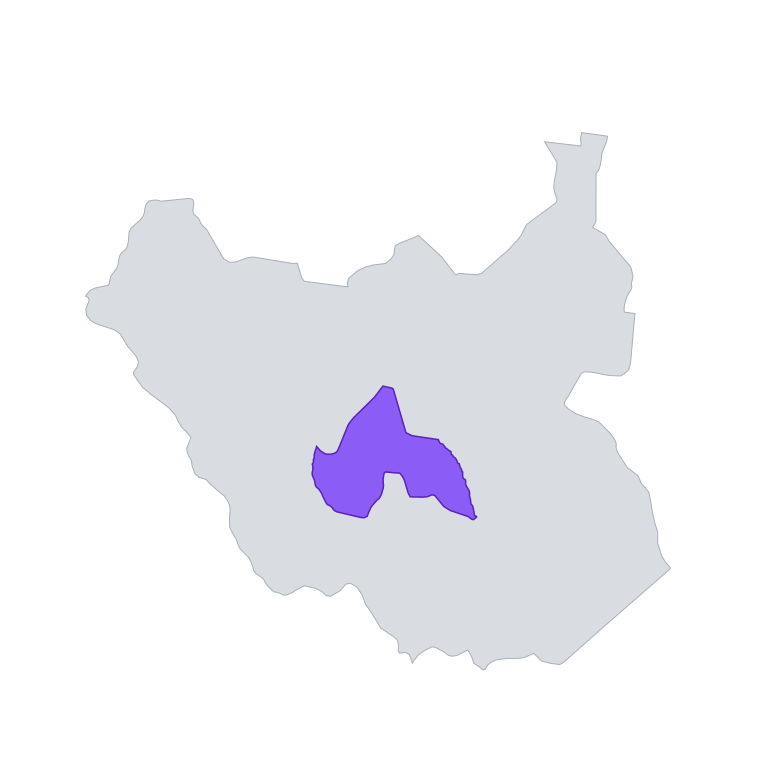 Lakes highlighted on a map of South Sudan, rotated 7°
{"feature_id": "SDS-863", "entity_name": "Lakes", "entity_type": "State", "adm_level": 1, "iso_a3": "SSD", "parent_name": "South Sudan", "parent_adm1": "", "projection": "robinson", "projection_center": [30.344, 6.76], "detail": "fine", "context": "in_parent", "style": "filled", "palette": "violet", "viewbox_px": 768, "rotation_deg": 7, "n_neighbors": 0, "source": "natural_earth", "source_scale": "10m", "svg_char_len": 5653}
<svg xmlns="http://www.w3.org/2000/svg" viewBox="0 0 768 768"><g transform="rotate(7 384 384)"><path d="M619.6,611.8L597.1,637.4L595.5,639.0L592.7,641.0L583.6,641.0L574.2,639.8L565.5,633.2L556.7,638.3L551.1,639.9L547.8,640.5L539.9,641.3L528.9,644.1L523.9,647.5L521.2,650.2L519.0,655.2L517.9,655.7L515.9,655.1L513.0,653.1L507.1,650.2L504.2,643.9L501.4,640.0L499.2,638.0L489.8,644.4L485.3,645.8L481.6,645.7L474.8,642.1L467.3,639.1L463.5,639.1L457.7,642.9L451.2,648.6L447.8,654.2L446.1,657.6L443.8,652.4L441.6,649.2L438.5,647.9L432.2,649.2L430.7,647.4L430.4,643.0L429.5,639.0L427.9,635.9L423.0,632.9L410.6,626.8L401.0,614.5L396.1,608.8L392.6,605.1L387.6,595.5L381.9,588.9L375.0,585.8L370.5,587.3L365.8,594.4L356.9,601.1L352.9,601.3L347.7,597.7L341.2,595.1L329.4,594.0L324.6,597.2L318.2,602.3L312.9,605.3L309.5,605.7L306.4,604.5L302.9,603.8L299.8,603.7L293.6,599.0L290.3,595.6L288.2,592.3L284.6,590.1L280.5,588.2L277.5,585.3L276.1,581.6L273.7,576.9L270.7,572.6L261.1,565.0L258.3,560.5L256.3,556.2L252.4,551.3L248.2,544.8L246.9,535.4L246.7,527.8L245.8,524.2L244.1,520.7L242.0,517.7L238.7,514.3L230.9,509.4L222.9,503.8L219.0,500.5L211.7,499.2L207.3,496.0L203.6,488.9L202.1,483.2L198.4,478.7L196.9,475.5L196.0,471.8L198.9,460.5L194.7,456.5L188.3,451.4L183.8,445.7L181.0,440.5L172.9,433.6L155.1,423.4L144.9,416.8L139.3,410.9L134.4,405.1L133.9,402.8L137.1,397.0L137.6,392.3L135.0,387.1L124.4,377.2L116.0,366.4L109.5,363.0L94.1,360.0L89.6,358.8L85.0,356.8L80.4,351.9L78.9,346.1L81.2,336.9L79.7,334.1L77.1,333.3L77.9,331.4L80.8,326.9L85.6,324.0L98.4,319.5L99.1,317.7L99.4,312.0L100.4,309.1L104.8,301.2L105.5,298.0L105.7,291.2L106.3,288.0L107.6,285.7L111.1,281.8L112.3,279.3L112.9,274.1L112.5,263.8L114.3,259.8L122.4,250.4L124.6,246.3L125.3,242.5L125.3,238.7L125.8,235.0L128.2,231.3L130.2,230.2L136.2,229.1L140.2,229.8L168.5,223.4L171.8,224.3L173.3,228.0L173.1,234.1L173.6,237.0L175.1,239.1L179.6,242.0L182.6,246.8L184.3,248.6L188.8,251.9L209.8,279.4L215.7,282.0L221.5,281.1L232.9,275.4L238.6,273.9L278.6,275.5L283.1,274.7L283.3,274.8L289.4,288.6L292.3,291.8L336.2,292.0L335.3,288.0L335.9,283.6L343.6,275.2L344.7,274.2L351.5,270.1L358.1,267.4L370.8,264.2L375.5,259.2L378.0,254.7L378.1,245.7L379.8,244.2L382.8,242.1L397.5,234.1L400.0,232.3L426.0,251.0L440.6,265.9L441.5,266.6L442.2,266.8L443.0,266.3L443.6,265.7L445.4,265.0L451.7,264.8L463.5,264.1L467.3,262.3L491.0,235.9L497.0,227.4L498.5,225.7L502.0,219.7L505.6,209.4L506.3,208.2L532.2,183.5L533.1,181.5L533.3,179.9L529.4,171.6L528.5,167.4L528.4,160.9L529.1,150.7L528.8,144.3L528.5,142.6L528.3,142.2L513.8,124.0L550.3,123.8L550.4,121.5L550.3,120.8L549.6,118.6L549.2,115.7L549.2,114.1L549.4,112.6L549.4,111.8L549.3,111.0L549.3,110.7L549.5,110.4L575.7,110.8L575.4,116.0L572.2,128.1L572.3,135.4L571.6,143.6L570.7,146.1L569.3,148.1L568.9,149.1L568.9,150.0L574.5,196.5L574.1,198.4L572.6,201.3L572.2,202.3L572.2,203.0L572.8,203.5L584.9,208.5L585.5,208.8L585.9,209.2L590.3,215.2L614.2,237.3L615.0,238.4L617.5,245.3L617.8,246.3L617.9,248.0L617.9,249.3L617.3,253.4L617.5,255.3L617.9,256.5L618.2,258.0L618.2,258.4L618.0,259.4L614.5,267.4L613.3,273.1L613.0,277.9L613.2,280.7L613.6,282.5L613.9,283.2L614.3,283.4L624.6,283.5L624.5,286.0L626.0,327.9L626.0,332.7L625.6,338.6L624.4,340.9L621.5,344.2L617.8,347.2L608.6,348.0L600.8,347.9L595.3,347.3L587.8,347.0L580.8,347.6L578.2,350.2L568.9,372.5L566.0,378.1L565.3,381.3L566.1,383.3L569.8,386.1L577.8,390.0L587.0,392.3L593.8,393.3L598.5,394.4L602.1,395.6L615.1,405.8L619.3,410.5L621.7,414.6L622.2,419.1L624.1,423.5L636.0,437.5L647.3,444.1L651.7,451.5L655.9,455.1L659.9,459.0L662.0,464.8L667.0,481.5L670.3,490.3L673.7,497.5L675.1,509.2L677.8,514.4L680.5,520.8L685.1,526.6L690.0,531.0L690.9,532.2L641.9,586.8L619.6,611.8Z" fill="#d9dde1" stroke="#a8b0b8" stroke-width="1"/><path d="M383.2,386.2L391.6,387.0L392.6,387.2L393.5,387.7L394.1,388.6L411.7,429.6L418.2,431.9L444.8,432.6L445.0,433.1L446.5,435.6L446.9,435.9L447.4,436.0L447.8,436.1L449.2,436.4L449.7,436.6L453.4,440.2L455.2,441.1L456.0,441.8L456.6,442.1L457.9,442.5L458.5,442.8L458.9,443.5L459.1,444.9L459.3,445.5L459.6,445.7L460.5,446.2L460.9,446.5L461.7,447.5L462.1,447.9L463.2,448.4L464.1,449.1L465.3,450.6L466.2,452.4L466.7,453.3L467.4,453.6L468.4,454.0L468.8,454.8L469.1,455.9L469.5,457.0L471.2,459.0L471.4,459.5L471.5,460.1L471.6,460.6L472.0,460.9L472.6,461.4L472.9,462.7L473.3,465.6L473.6,466.9L474.1,467.8L474.7,468.4L475.7,468.6L476.5,469.1L476.9,470.3L477.1,472.9L477.7,474.5L481.3,479.3L481.7,480.1L482.1,481.1L482.3,482.3L482.5,484.8L483.9,488.0L484.5,490.8L484.9,492.4L485.6,493.1L486.2,493.5L486.8,494.3L487.3,495.3L489.0,500.2L489.2,501.5L489.4,502.2L489.7,503.0L490.3,503.7L490.7,504.3L491.1,504.2L491.4,504.0L491.8,504.0L492.1,504.9L489.3,507.8L487.3,507.5L483.6,505.3L464.9,501.4L458.1,498.1L447.8,488.3L445.0,488.2L441.0,490.5L436.1,491.6L423.8,492.8L421.4,489.5L415.8,476.7L413.9,474.0L412.0,471.9L410.9,471.0L410.0,470.5L407.5,470.8L396.4,471.1L395.5,471.7L394.9,472.9L394.7,478.3L395.3,482.3L395.9,484.8L395.9,487.6L394.9,493.7L393.9,496.6L393.0,498.3L390.9,500.5L387.0,506.2L385.9,508.6L384.1,514.4L383.5,517.3L380.7,519.2L376.8,519.3L352.7,516.6L350.7,515.9L348.9,514.7L348.0,513.4L347.0,512.6L345.9,511.8L344.3,511.1L342.4,510.5L341.0,509.0L336.9,502.9L335.5,500.3L332.2,496.3L329.7,494.8L328.2,492.9L327.3,489.6L326.3,487.3L324.1,483.6L323.7,482.1L323.5,480.2L323.9,477.9L323.3,474.3L322.6,472.3L323.5,470.1L323.1,467.6L323.7,465.4L323.3,462.6L324.7,454.2L329.2,458.2L333.7,460.3L335.6,460.6L337.4,460.5L339.4,460.2L341.2,459.7L343.1,458.8L344.8,457.7L345.9,456.0L346.5,454.6L353.3,429.4L354.3,427.1L357.9,421.2L376.0,398.5L383.2,386.2Z" fill="#8b5cf6" stroke="#5b21b6" stroke-width="1.5"/></g></svg>